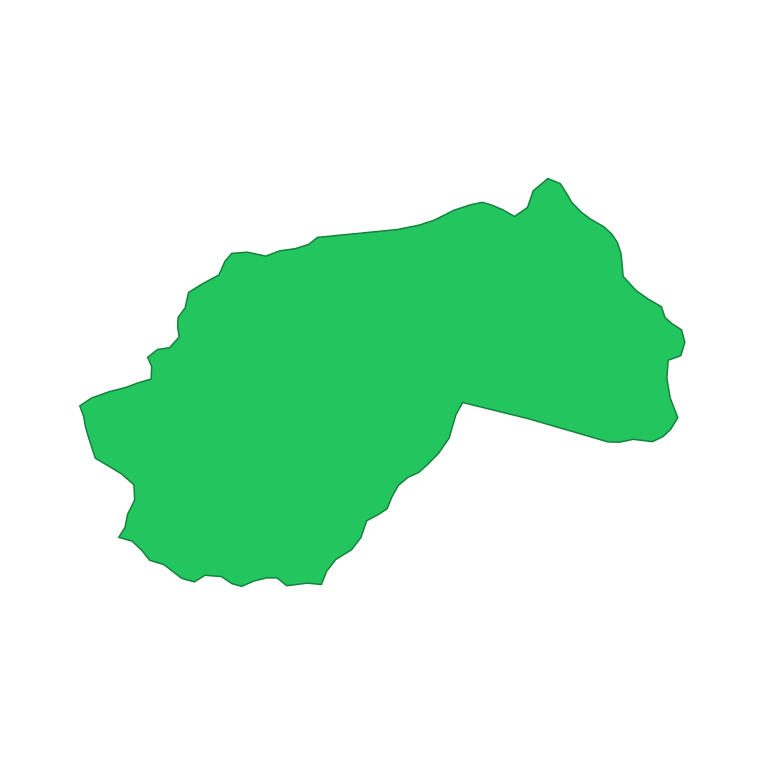 Jaci, São Paulo, Brazil (Natural Earth projection), rotated 72°
{"feature_id": "56859067B21928825243135", "entity_name": "Jaci", "entity_type": "district", "adm_level": 2, "iso_a3": "BRA", "parent_name": "Brazil", "parent_adm1": "São Paulo", "projection": "natural_earth1", "projection_center": [-49.579, -20.942], "detail": "fine", "context": "isolated", "style": "filled", "palette": "green", "viewbox_px": 768, "rotation_deg": 72, "n_neighbors": 0, "source": "geoboundaries", "source_scale": "gbopen_adm2", "svg_char_len": 1520}
<svg xmlns="http://www.w3.org/2000/svg" viewBox="0 0 768 768"><g transform="rotate(72 384 384)"><path d="M555.3,505.5L544.4,496.4L536.0,484.1L531.6,466.0L523.0,453.5L508.7,442.7L506.3,429.3L503.6,419.6L494.1,411.6L485.0,401.9L480.2,390.3L478.9,378.4L474.1,367.6L466.8,353.5L455.5,338.7L446.4,332.6L435.5,325.1L426.0,314.9L461.6,257.5L508.2,189.0L512.1,178.2L513.6,164.1L521.8,146.5L520.3,135.2L515.8,125.5L506.9,115.0L485.6,116.1L465.9,113.2L449.2,106.4L448.8,92.9L437.3,85.0L424.5,84.3L415.4,91.6L407.5,96.2L396.3,96.2L385.0,106.4L373.0,115.4L355.5,123.3L343.6,120.5L333.4,118.3L321.6,118.3L311.7,121.1L302.6,126.2L291.1,136.5L281.7,143.2L269.3,149.3L260.4,151.1L247.9,154.4L239.2,164.7L246.4,182.4L260.4,192.9L265.0,208.1L255.0,217.2L247.0,226.4L241.6,234.3L240.3,246.2L240.3,263.2L243.7,285.7L243.7,301.5L241.3,323.1L237.9,338.7L224.0,401.9L227.9,412.3L227.9,426.4L225.1,442.3L225.9,456.8L216.4,473.3L212.7,488.5L218.3,497.5L229.2,507.2L232.6,525.7L236.5,541.6L250.2,549.7L257.0,559.2L265.4,562.5L276.0,564.3L283.2,576.8L281.2,588.7L285.6,600.6L295.4,599.5L307.3,603.9L306.9,617.6L307.5,631.0L306.4,647.3L306.9,666.5L310.8,680.1L322.5,679.7L332.5,681.2L343.7,681.5L365.4,681.5L373.2,674.6L388.4,661.4L402.6,653.0L417.3,657.0L428.8,668.2L440.3,674.6L447.9,683.7L455.5,672.2L467.7,665.6L479.2,661.4L487.8,649.1L506.3,636.5L513.6,625.5L510.6,613.4L516.9,598.2L526.9,590.3L532.5,581.9L531.2,568.9L532.1,555.7L535.4,545.6L545.8,538.9L549.7,518.5L555.3,505.5Z" fill="#22c55e" stroke="#15803d" stroke-width="1.5"/></g></svg>